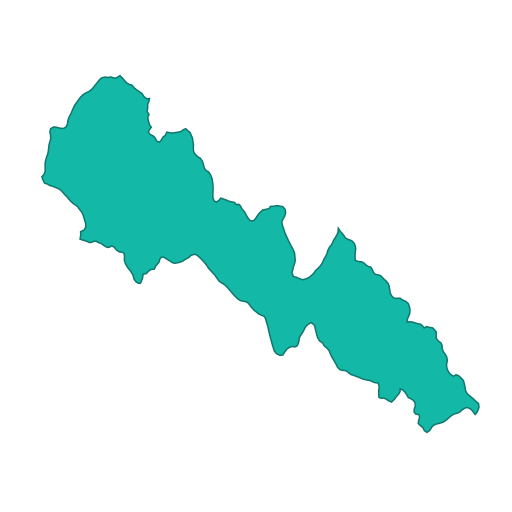 Chapada do Norte, Minas Gerais, Brazil, rotated 353°
{"feature_id": "56859067B97851248273479", "entity_name": "Chapada do Norte", "entity_type": "district", "adm_level": 2, "iso_a3": "BRA", "parent_name": "Brazil", "parent_adm1": "Minas Gerais", "projection": "equal_earth", "projection_center": [-42.387, -17.157], "detail": "fine", "context": "isolated", "style": "filled", "palette": "teal", "viewbox_px": 512, "rotation_deg": 353, "n_neighbors": 0, "source": "geoboundaries", "source_scale": "gbopen_adm2", "svg_char_len": 5980}
<svg xmlns="http://www.w3.org/2000/svg" viewBox="0 0 512 512"><g transform="rotate(353 256 256)"><path d="M142.9,60.4L140.3,61.7L138.1,62.3L135.9,61.7L133.8,60.6L130.7,60.8L128.5,60.1L126.2,60.1L123.6,60.8L121.1,63.0L119.2,64.9L117.1,66.9L115.2,68.9L113.1,70.7L109.9,72.5L106.9,73.4L104.2,74.7L101.5,76.7L99.4,78.8L97.2,81.2L94.7,83.8L93.1,86.3L91.7,88.6L89.9,91.8L87.5,95.2L85.8,98.5L85.1,101.6L83.6,104.3L81.1,105.9L77.3,105.4L74.2,104.1L70.9,103.2L67.6,104.7L66.5,107.9L66.8,111.0L66.5,114.8L65.2,117.7L64.0,120.8L63.2,124.2L62.5,127.2L61.5,129.8L60.2,132.3L58.7,135.9L58.0,138.4L57.5,142.3L57.0,146.4L55.4,149.4L53.1,151.2L53.7,154.2L55.0,157.9L57.6,159.1L60.1,161.0L62.7,162.0L66.0,163.9L68.3,165.2L70.1,166.7L71.6,168.6L73.4,171.4L75.7,174.4L77.0,176.5L78.8,179.1L81.2,181.9L83.1,183.4L84.8,185.1L86.5,188.2L88.5,191.4L89.4,194.3L90.0,197.8L90.5,200.6L90.9,203.1L90.6,206.5L88.4,209.4L84.9,210.4L84.5,214.1L83.4,217.8L86.2,219.2L88.5,220.1L90.5,221.2L92.5,222.4L94.5,222.4L96.8,221.7L99.0,221.7L101.2,223.5L103.7,224.6L105.4,226.3L107.5,228.0L109.6,229.4L111.7,229.4L114.0,228.3L116.3,230.0L118.3,233.1L120.8,235.3L123.8,236.0L125.4,237.4L125.4,240.4L124.8,244.2L125.5,247.9L127.3,252.0L129.8,256.0L131.6,260.1L132.2,264.2L133.9,267.2L135.9,268.7L137.9,269.0L139.2,267.0L140.8,263.9L141.7,260.3L144.9,260.1L147.4,258.1L149.9,256.6L153.5,256.6L155.4,253.6L158.8,250.6L160.3,247.1L162.1,245.6L164.3,245.9L166.7,247.9L168.7,249.5L170.5,250.9L172.2,252.4L174.4,253.3L177.0,253.2L179.8,252.9L183.0,252.0L185.7,250.6L189.1,249.3L191.5,247.5L194.3,246.9L196.4,247.1L198.7,249.2L200.6,251.5L202.3,253.7L204.3,256.6L206.1,259.4L207.3,262.3L208.9,264.5L210.8,267.2L212.9,270.1L214.6,273.3L216.2,276.3L218.9,278.8L221.6,281.0L223.4,283.3L225.4,286.2L227.8,289.8L230.0,293.0L232.7,296.4L235.0,298.3L237.7,299.3L240.2,300.1L242.0,301.2L243.5,303.4L245.3,306.5L247.3,309.4L249.4,311.5L251.7,313.9L254.1,315.4L256.6,316.8L257.8,319.0L258.2,321.8L258.6,324.5L259.2,327.6L259.5,331.6L260.0,336.3L260.7,341.4L261.3,345.4L261.9,348.9L262.6,352.6L264.4,355.4L267.8,357.6L270.6,357.5L273.1,354.5L275.5,352.1L278.4,350.6L281.4,350.3L283.6,351.0L285.6,350.4L287.3,348.1L288.4,345.1L289.1,342.3L291.1,339.7L293.8,336.5L296.1,332.9L298.0,331.1L299.8,330.0L302.7,328.8L305.7,332.0L306.0,335.8L306.4,338.6L306.7,341.6L307.3,344.9L308.8,348.1L311.4,350.3L312.9,353.8L315.0,355.8L317.0,358.8L317.8,361.8L318.8,365.1L320.5,369.0L322.2,373.0L323.4,376.4L325.5,379.1L327.8,380.0L331.3,380.8L333.9,383.4L335.9,385.3L338.3,386.3L340.2,387.4L343.0,388.8L346.4,390.8L349.0,391.9L351.5,392.8L354.5,393.7L356.8,395.3L359.2,396.4L361.9,396.9L362.3,400.8L361.5,404.2L361.0,407.6L360.8,411.4L363.0,412.4L365.5,412.6L367.9,414.0L369.8,415.8L372.7,417.5L376.1,414.9L378.5,412.4L380.7,410.5L382.4,408.3L382.9,405.4L385.3,406.7L387.2,409.2L388.7,412.2L389.9,415.0L392.2,416.5L394.4,418.2L395.9,421.0L395.9,424.4L394.5,426.8L393.9,430.1L395.4,432.5L398.4,433.3L398.8,436.0L397.4,439.0L396.6,442.0L398.6,444.5L400.7,446.7L401.8,449.8L404.1,451.9L406.7,450.7L408.6,448.6L410.1,446.7L412.2,445.4L414.3,444.8L417.8,444.4L421.3,443.8L423.8,442.6L426.0,441.3L427.8,440.0L430.2,438.4L433.3,437.0L436.3,436.6L438.5,436.0L440.3,435.0L442.2,433.6L444.6,432.5L446.8,432.1L448.9,433.0L450.9,434.6L452.6,437.1L454.2,440.0L456.0,438.4L457.5,436.2L458.9,433.3L458.9,429.6L456.8,427.3L454.4,424.4L451.7,421.5L449.1,418.8L447.6,415.4L447.5,412.2L447.2,408.3L446.7,404.8L445.0,402.5L442.9,399.8L440.1,398.2L437.2,399.4L434.7,397.2L433.1,394.7L432.0,391.8L431.7,387.8L433.2,382.9L433.0,379.5L432.0,377.0L430.3,373.9L429.5,370.3L429.8,367.4L429.0,364.8L426.7,362.7L425.0,360.0L425.1,356.7L425.6,353.4L424.1,350.8L422.3,348.7L419.6,348.1L416.6,346.8L414.2,348.0L412.7,345.6L411.2,343.9L408.7,343.0L405.7,341.8L403.3,340.6L401.0,340.1L397.9,339.9L398.4,337.3L399.9,334.9L401.4,332.2L402.2,329.2L402.2,325.6L401.4,321.9L399.2,319.3L396.4,317.7L393.7,315.4L389.5,315.1L387.4,314.3L385.9,312.3L384.7,309.2L384.6,305.6L384.5,301.9L383.6,298.9L381.9,296.4L380.1,294.5L378.7,292.5L377.2,290.6L374.6,289.5L372.2,288.7L370.6,286.8L369.7,283.3L368.4,280.9L366.1,280.1L364.1,278.3L362.4,276.2L360.1,274.6L356.8,273.9L354.0,272.4L354.2,268.8L354.8,264.8L355.8,261.3L355.8,258.4L355.0,255.3L352.8,252.4L349.7,250.9L347.1,249.2L345.4,245.7L342.8,241.9L341.1,238.5L340.4,242.0L339.1,244.6L337.1,247.2L334.9,249.9L332.6,253.7L329.7,256.6L327.9,259.4L326.8,262.2L324.8,265.2L322.9,267.7L321.0,271.0L318.7,273.6L316.0,275.9L313.2,277.8L311.4,280.0L308.8,282.0L305.9,283.8L302.7,284.8L299.1,285.2L296.8,284.0L293.9,282.2L290.7,281.0L289.6,277.2L290.9,273.9L292.2,270.4L293.6,267.7L294.4,265.2L294.6,260.6L294.6,257.6L293.7,254.4L292.8,251.9L291.6,248.9L290.3,245.2L288.7,240.4L287.5,236.3L286.8,232.6L286.1,229.4L285.7,225.6L287.4,222.4L289.3,220.1L290.7,216.7L290.6,213.3L288.7,210.4L285.7,209.4L283.0,208.5L279.9,208.8L276.6,208.5L274.6,210.5L270.9,211.0L268.5,211.0L266.2,212.6L263.8,214.5L261.7,216.9L259.3,219.7L257.0,220.9L254.2,219.9L252.3,216.7L251.0,213.5L250.0,210.7L248.0,208.0L246.7,204.5L245.1,202.5L242.9,202.8L241.2,200.2L238.3,199.2L235.9,198.4L233.5,196.9L230.7,195.5L228.1,194.2L226.0,196.3L223.1,197.7L221.2,196.1L220.4,193.5L220.5,190.6L221.1,187.1L221.7,183.4L222.0,178.8L221.8,173.7L220.7,169.6L219.2,166.7L217.3,165.4L215.8,163.5L215.1,160.5L214.8,157.6L214.2,155.1L212.7,152.2L210.9,150.9L209.1,148.9L207.5,146.6L206.7,144.1L207.0,140.8L207.5,137.9L207.3,134.5L207.3,131.1L206.5,128.5L205.7,125.4L203.6,123.3L201.8,121.1L199.2,121.8L196.6,123.4L193.7,123.6L190.6,123.7L187.5,123.7L185.1,123.0L182.5,122.2L180.7,125.3L178.3,126.5L176.4,129.1L174.1,131.2L171.5,129.9L170.0,125.9L168.2,124.0L165.4,122.2L164.3,119.5L165.9,117.4L167.8,115.4L166.2,112.6L165.7,109.0L165.4,105.4L167.0,102.5L165.5,99.3L166.6,95.8L166.9,92.3L168.7,89.2L169.5,86.7L166.6,86.6L164.2,84.1L162.5,80.6L160.2,78.7L157.5,76.3L155.1,73.7L153.6,71.2L151.1,70.3L148.9,68.6L146.8,65.7L145.2,63.2L142.9,60.4Z" fill="#14b8a6" stroke="#0f766e" stroke-width="1.5"/></g></svg>